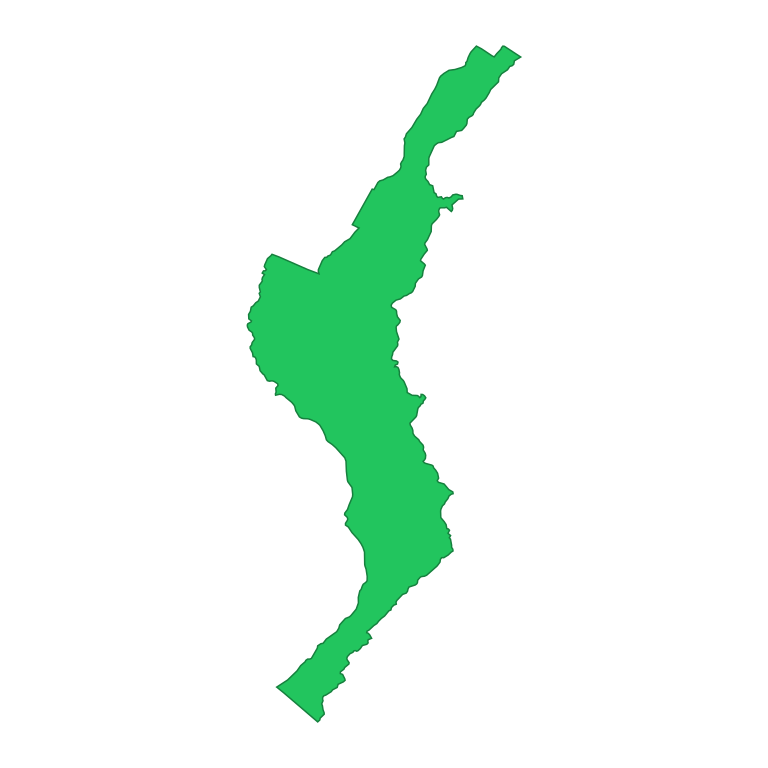 the district of Thika Town, Central, Kenya, rotated 90°
{"feature_id": "3690345B96807773656326", "entity_name": "Thika Town", "entity_type": "district", "adm_level": 2, "iso_a3": "KEN", "parent_name": "Kenya", "parent_adm1": "Central", "projection": "mercator", "projection_center": [37.162, -1.055], "detail": "fine", "context": "isolated", "style": "filled", "palette": "green", "viewbox_px": 768, "rotation_deg": 90, "n_neighbors": 0, "source": "geoboundaries", "source_scale": "gbopen_adm2", "svg_char_len": 6132}
<svg xmlns="http://www.w3.org/2000/svg" viewBox="0 0 768 768"><g transform="rotate(90 384 384)"><path d="M57.0,247.3L46.3,263.6L46.1,265.1L47.6,266.4L49.3,267.1L53.6,271.2L56.9,273.8L56.0,275.7L48.8,286.5L46.1,291.6L51.7,296.8L53.6,298.0L57.4,299.8L61.5,301.1L62.5,302.2L64.1,302.2L65.8,302.9L67.5,306.4L69.5,313.0L70.3,319.0L73.4,324.0L76.1,327.3L77.8,328.5L85.3,331.3L89.3,333.3L93.9,336.2L103.6,340.8L108.4,344.7L114.3,347.4L119.2,351.2L127.5,356.1L133.8,361.6L137.1,362.6L138.9,363.9L142.9,363.1L145.8,363.6L156.5,363.8L160.1,365.1L162.1,366.5L164.0,367.4L166.3,367.0L168.1,367.4L170.2,368.6L172.0,370.5L175.7,375.0L176.9,378.1L177.3,380.3L179.9,384.8L180.9,388.3L182.5,390.1L189.6,394.0L189.1,395.8L224.7,415.7L228.0,409.0L232.2,413.1L238.7,418.0L241.8,423.4L244.9,426.2L250.9,433.4L251.7,435.6L255.0,437.5L256.2,440.4L257.3,441.2L257.4,443.2L260.6,445.7L269.6,449.6L271.2,449.7L273.8,449.0L269.6,460.2L256.9,489.1L254.3,496.0L255.8,497.2L258.6,500.5L264.7,503.2L266.6,503.7L269.6,501.6L270.8,502.8L270.9,504.5L273.1,505.8L274.6,503.5L277.5,505.5L279.4,506.0L281.1,505.7L285.2,508.7L287.5,508.7L292.0,507.6L293.3,508.8L296.8,507.6L301.0,509.7L302.8,512.3L305.8,514.7L307.2,516.8L311.3,517.6L314.4,519.4L318.9,519.2L320.9,516.5L322.1,517.1L323.7,520.1L325.0,520.7L326.9,520.5L330.2,518.9L332.0,516.3L333.0,515.5L335.1,515.3L337.9,513.5L339.4,513.5L342.5,515.8L345.2,516.5L346.7,517.8L348.4,517.8L352.8,515.5L356.6,514.9L356.9,513.3L358.1,512.3L359.9,511.7L363.9,511.6L366.4,508.8L370.7,507.9L373.9,505.2L374.9,503.8L380.6,500.7L381.2,498.6L380.8,495.9L381.4,493.9L383.8,490.3L385.6,490.0L388.1,492.2L392.2,491.9L393.9,492.6L395.2,492.4L394.3,488.6L394.5,486.3L396.1,483.4L397.6,482.0L402.3,476.3L404.8,474.2L406.3,473.3L410.8,472.2L416.9,468.6L418.1,466.6L418.6,464.6L418.8,459.9L419.5,457.6L421.9,452.2L423.9,449.6L425.3,448.1L430.7,444.9L435.8,442.7L439.8,441.6L441.6,440.0L444.4,435.9L447.7,432.2L457.8,423.2L461.2,422.0L471.4,421.6L480.1,420.6L481.8,420.1L487.5,416.0L494.4,415.3L496.8,415.5L504.6,418.8L509.5,420.5L513.1,423.2L514.8,423.4L517.3,420.8L519.0,420.2L520.4,420.7L523.3,422.5L525.1,422.5L527.0,419.7L532.6,416.0L539.5,409.8L543.6,407.0L547.2,405.1L552.0,403.5L564.4,403.3L566.0,403.0L569.2,401.9L576.3,400.8L580.7,400.9L582.3,402.1L584.3,404.8L586.1,405.7L589.5,406.9L590.9,408.2L597.4,409.7L603.0,409.6L609.2,411.8L615.7,417.2L616.9,418.6L618.5,422.6L622.8,426.5L624.9,428.3L628.2,429.2L631.7,431.3L639.1,441.7L643.3,444.9L643.7,447.1L645.8,450.3L648.2,450.7L658.4,456.6L659.1,458.3L659.1,460.4L660.3,462.1L661.9,463.0L665.6,467.3L670.9,471.0L680.0,480.4L687.1,491.3L692.7,484.4L721.9,450.3L720.0,448.2L718.2,447.9L714.2,443.8L712.7,443.9L709.7,445.0L705.6,445.6L703.9,446.3L700.8,445.0L699.2,445.4L697.3,445.3L695.8,444.2L695.1,442.2L691.6,436.7L689.9,435.5L687.4,430.8L684.3,429.9L681.9,424.7L680.3,422.9L678.9,423.2L674.4,425.4L673.6,427.7L671.9,427.6L669.2,424.1L667.5,423.3L664.0,419.1L662.7,418.9L659.7,420.9L658.3,421.2L656.6,420.6L653.7,418.0L652.3,415.1L650.8,414.0L650.6,412.7L651.2,411.3L650.7,410.0L648.6,407.7L645.5,405.6L644.3,401.2L642.9,399.9L641.0,400.2L639.7,399.8L638.3,396.4L634.7,398.4L633.2,399.9L632.7,401.3L631.1,400.9L630.1,399.0L625.5,394.1L623.6,391.2L621.1,389.3L618.4,386.6L616.0,383.4L610.8,379.1L610.0,377.1L607.5,376.5L605.1,374.1L604.2,371.7L602.1,372.0L600.5,371.2L594.4,365.4L593.1,361.8L591.3,360.5L589.0,360.0L587.0,359.0L585.0,352.8L584.0,351.4L582.8,350.6L580.2,350.3L577.3,347.9L576.6,346.6L576.2,343.5L575.2,341.3L565.9,330.8L562.1,328.0L559.3,327.6L557.6,326.3L557.7,324.2L555.0,319.8L552.1,316.8L551.0,315.0L549.2,315.2L547.3,316.4L545.2,316.4L539.2,317.5L537.8,318.7L535.6,317.4L533.3,320.0L530.3,318.5L529.0,319.6L528.6,321.2L524.6,321.9L521.8,323.7L517.6,327.2L511.0,327.4L509.3,327.1L505.9,325.6L503.9,323.5L502.2,322.9L498.6,320.1L496.0,319.0L494.2,316.7L493.7,314.9L491.9,315.2L489.6,319.2L484.0,323.9L482.3,329.6L480.7,330.8L478.2,329.4L473.3,330.4L470.2,332.3L467.9,334.3L465.9,335.0L465.1,336.2L463.4,342.4L462.7,343.8L461.3,344.9L459.8,343.4L458.4,342.6L455.3,342.3L453.3,342.8L449.9,344.8L447.1,344.4L445.1,345.0L441.4,348.4L439.8,349.2L436.2,353.3L433.5,355.0L430.3,355.2L428.1,355.9L425.1,357.7L423.2,358.1L417.1,352.2L415.7,351.4L408.5,350.1L407.3,349.4L406.0,348.0L404.1,346.9L403.3,345.1L400.7,344.5L399.6,343.3L397.8,342.2L395.8,343.5L394.5,345.3L394.4,346.9L396.7,347.1L397.6,348.2L396.2,349.5L395.5,350.8L395.3,355.9L392.5,360.8L388.7,361.0L382.0,363.8L380.5,364.7L378.0,367.2L376.3,368.1L374.5,368.7L372.6,368.5L369.4,369.1L367.4,370.1L366.6,371.9L366.8,373.4L365.0,372.7L364.1,370.5L362.1,370.0L361.0,371.4L360.4,375.2L359.0,376.5L356.8,376.3L354.8,375.5L352.2,375.1L345.8,370.4L344.2,370.2L342.1,370.6L339.1,369.0L331.6,371.5L327.3,371.9L325.8,371.4L325.0,370.3L322.4,368.2L320.4,367.8L316.9,370.5L313.9,371.3L311.1,371.5L309.8,372.2L307.3,376.4L305.1,376.8L303.1,375.6L300.1,371.9L298.9,367.6L296.0,363.9L295.4,361.4L293.5,358.5L292.9,356.9L291.6,355.4L286.3,352.8L283.3,352.6L278.9,349.5L277.0,346.4L275.6,345.6L270.8,344.9L265.2,342.7L264.0,343.6L260.7,347.5L259.3,347.2L254.1,343.8L250.4,340.7L249.1,340.9L244.5,343.3L242.9,343.0L239.7,340.6L231.5,336.8L225.6,336.6L223.8,335.9L219.3,331.4L216.3,329.1L214.8,328.4L212.1,329.2L210.6,329.3L208.9,328.7L207.8,327.8L207.8,323.4L207.3,321.5L211.5,316.7L210.3,315.7L208.6,315.3L204.9,316.0L199.1,309.5L198.9,305.2L195.7,305.8L195.4,307.9L194.3,311.0L194.3,312.5L194.9,315.2L196.9,316.9L198.0,319.0L197.4,320.8L197.7,322.6L199.0,324.5L198.3,325.7L196.8,326.6L197.4,330.2L196.3,331.3L193.8,332.0L192.6,333.9L185.8,335.3L184.6,338.4L181.5,340.0L179.4,342.0L177.8,342.8L176.3,342.8L174.3,341.7L170.3,342.4L167.2,341.6L164.9,339.2L158.6,339.2L156.9,338.8L145.7,333.7L143.6,331.2L142.7,329.6L142.3,326.2L137.4,316.5L136.5,314.1L131.4,311.5L130.4,306.3L128.4,304.4L125.1,301.7L123.5,301.1L119.2,300.7L117.3,299.0L115.8,296.1L114.6,294.9L112.8,294.3L109.0,291.9L105.7,288.4L104.3,287.4L102.4,286.6L100.0,283.7L98.2,282.1L92.7,278.8L89.5,277.3L81.8,269.5L77.8,269.2L73.7,266.4L69.8,260.5L66.4,258.2L65.8,256.0L64.4,254.3L60.8,253.6L57.0,247.3Z" fill="#22c55e" stroke="#15803d" stroke-width="1.5"/></g></svg>